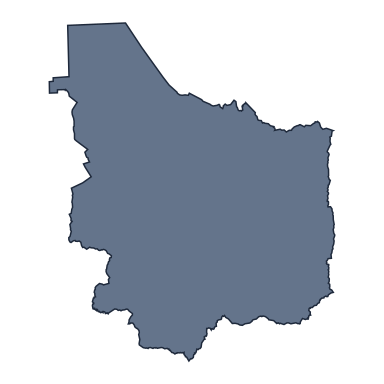 outline of Nyabihu, Western, Rwanda
{"feature_id": "39286606B61881490568352", "entity_name": "Nyabihu", "entity_type": "district", "adm_level": 2, "iso_a3": "RWA", "parent_name": "Rwanda", "parent_adm1": "Western", "projection": "robinson", "projection_center": [29.504, -1.642], "detail": "fine", "context": "isolated", "style": "filled", "palette": "slate", "viewbox_px": 384, "rotation_deg": 0, "n_neighbors": 0, "source": "geoboundaries", "source_scale": "gbopen_adm2", "svg_char_len": 5999}
<svg xmlns="http://www.w3.org/2000/svg" viewBox="0 0 384 384"><path d="M108.6,313.0L114.7,309.0L116.9,309.3L118.2,310.4L119.8,310.0L121.0,310.8L122.3,310.1L124.8,309.8L126.2,309.1L127.7,309.3L129.2,311.1L132.4,313.5L132.4,315.0L130.8,316.8L129.1,319.9L129.0,322.0L128.3,323.9L129.9,323.8L130.7,323.0L132.8,323.1L134.3,325.1L134.8,326.8L136.6,328.4L137.4,328.5L139.0,330.6L139.3,332.7L138.7,334.5L139.8,339.5L139.1,343.5L139.3,344.9L143.3,347.7L146.0,348.2L146.7,347.9L148.1,348.5L148.8,347.7L150.5,347.5L153.0,348.4L154.1,347.7L155.5,348.0L156.0,347.6L157.3,348.3L161.2,347.5L162.7,347.7L164.7,348.8L167.2,348.4L167.9,349.0L168.8,348.9L168.9,349.7L169.7,350.4L170.0,350.2L171.8,352.5L173.3,352.8L174.9,354.0L176.3,353.1L176.9,353.3L177.3,352.7L180.0,352.9L180.3,352.5L181.8,352.9L182.6,352.6L183.1,353.0L184.0,352.4L184.1,354.6L185.2,355.6L185.4,356.7L186.6,357.1L188.9,361.0L190.4,359.0L191.0,358.6L191.7,358.9L193.3,357.5L193.7,354.6L194.9,353.9L194.7,353.0L195.4,353.1L195.9,352.6L196.9,349.1L198.1,349.6L199.0,348.7L200.1,348.5L201.1,347.2L201.7,342.9L204.1,339.4L205.0,339.1L204.3,338.0L204.6,337.4L204.3,336.9L205.9,335.8L206.3,336.1L206.6,335.6L207.0,333.5L206.6,332.4L206.7,328.5L207.4,328.6L208.5,327.9L210.1,328.2L211.2,329.9L211.5,328.8L212.3,328.6L213.0,329.3L214.1,328.8L214.3,327.6L215.3,326.6L216.4,326.3L216.1,323.2L217.3,321.9L217.2,320.8L218.5,319.9L220.9,319.5L221.5,318.9L221.7,317.2L222.6,315.9L223.6,316.4L224.5,315.5L225.7,317.4L228.4,318.9L232.3,323.5L235.1,323.3L237.9,323.9L239.8,325.0L242.4,325.3L244.9,323.8L249.8,323.0L252.1,321.2L252.1,320.6L253.3,319.7L256.4,319.0L258.7,316.7L261.0,316.1L261.8,316.6L263.0,316.0L265.4,316.6L268.3,318.8L268.8,319.8L273.7,320.6L276.6,323.4L277.0,322.9L277.7,323.3L278.5,322.9L279.5,323.8L280.3,323.3L284.0,324.5L286.9,322.9L288.6,322.9L290.9,323.8L295.9,322.8L298.0,323.7L298.6,323.5L299.7,323.9L300.2,323.5L300.4,321.8L302.5,318.5L305.4,319.5L306.6,319.0L308.2,319.1L308.4,318.8L307.8,317.9L308.8,317.0L308.7,316.1L309.5,315.1L310.6,315.1L310.2,313.7L310.3,312.0L308.8,310.5L309.2,308.4L309.7,308.0L310.3,308.3L310.8,307.5L312.3,307.5L314.4,305.5L316.4,305.3L317.7,303.4L319.3,302.7L319.7,300.2L320.2,300.2L320.5,299.1L321.4,298.7L321.6,298.2L323.9,297.9L324.2,296.9L325.9,296.1L326.9,296.7L327.8,296.5L328.4,294.8L331.0,293.0L333.3,292.4L331.7,290.0L329.9,289.1L329.4,287.7L329.8,287.0L329.7,284.3L328.3,283.2L329.1,281.7L329.3,279.2L329.2,278.5L328.2,277.2L328.8,274.5L328.5,273.5L328.8,271.3L328.2,269.7L328.7,269.4L328.8,267.5L328.3,266.0L328.8,265.2L328.7,264.5L326.8,264.1L326.4,263.2L326.8,262.7L326.4,261.1L327.4,260.2L328.1,258.6L331.4,258.3L331.0,254.4L331.8,252.9L332.3,249.5L333.0,248.9L332.6,246.9L333.7,244.1L334.1,240.9L333.5,239.0L334.7,235.8L334.7,234.8L333.8,233.3L333.2,229.5L333.9,227.6L333.7,225.6L334.2,224.6L333.3,219.7L333.2,215.6L332.7,214.7L333.0,212.9L332.1,210.9L332.0,208.9L330.5,206.7L328.0,206.9L327.8,205.7L328.4,204.6L328.5,202.1L328.3,201.4L327.3,201.4L327.3,200.1L328.0,198.4L327.5,195.7L328.5,193.9L328.4,192.7L327.3,191.4L328.1,190.0L327.5,188.2L328.2,187.2L328.2,185.2L329.0,184.7L330.3,180.3L329.3,179.6L328.2,176.4L328.6,175.7L328.5,169.3L327.6,166.6L327.5,164.1L328.0,162.7L327.7,161.5L328.3,160.1L327.9,157.8L329.1,154.6L328.6,153.1L327.4,152.1L327.2,151.3L330.1,145.0L330.8,144.4L330.0,141.3L330.2,138.4L329.8,137.1L331.4,136.2L332.1,131.0L333.1,130.6L326.4,128.3L322.8,129.3L320.7,127.1L319.4,123.0L317.6,121.5L317.3,122.0L315.2,121.8L314.7,123.1L313.6,123.4L310.7,125.7L305.8,125.3L304.3,126.8L300.2,124.7L299.3,124.8L298.6,125.5L297.1,125.7L294.2,127.0L292.1,129.0L291.5,130.3L289.2,130.3L286.3,132.0L284.2,130.0L281.7,130.2L280.2,129.2L274.9,130.3L275.2,129.9L274.7,128.1L273.5,127.3L273.9,126.6L270.3,125.7L268.3,123.7L264.5,123.2L263.9,122.6L262.5,123.0L261.3,120.6L258.7,120.3L257.8,119.7L257.0,116.5L255.7,115.4L255.0,114.1L255.3,112.6L245.8,102.7L245.7,103.6L244.8,103.4L243.3,104.9L242.7,106.6L242.3,105.9L242.1,106.3L242.8,110.0L241.4,111.0L241.1,110.5L239.2,110.8L238.1,109.9L237.3,107.4L236.6,106.8L235.9,101.6L234.0,100.2L230.6,104.6L226.9,105.4L225.2,104.1L224.8,104.4L223.2,106.1L223.4,106.7L222.7,108.6L220.1,106.8L219.7,105.0L219.0,104.4L217.1,105.3L213.2,106.0L211.5,105.4L209.9,104.2L203.0,101.3L201.7,99.7L189.3,93.2L188.3,95.3L185.1,94.9L182.1,95.3L179.7,94.9L177.4,93.3L177.0,92.2L169.1,85.1L162.8,76.9L141.5,47.2L125.5,23.0L67.7,25.4L69.0,76.7L53.2,77.8L53.2,81.3L49.3,81.7L49.5,93.1L57.4,92.8L57.5,89.8L64.9,89.6L65.2,90.2L65.7,89.5L67.8,91.6L68.7,93.1L69.3,96.2L77.1,102.4L72.4,109.8L72.0,112.0L72.3,114.7L73.6,118.2L74.1,121.2L74.1,126.3L73.5,126.9L73.5,129.8L74.5,133.5L74.5,138.6L74.8,139.5L76.5,141.0L87.7,149.4L84.9,152.2L86.1,155.9L86.8,157.3L88.1,158.0L88.2,159.5L89.5,162.0L83.5,163.9L85.2,167.3L91.2,176.8L82.6,182.9L71.4,188.2L72.9,193.8L72.8,194.7L72.3,195.2L72.7,197.0L71.9,202.2L72.3,203.1L72.6,207.3L71.8,209.3L71.2,213.3L69.3,214.3L71.1,218.4L71.0,220.7L72.1,221.3L69.9,224.5L70.6,228.4L70.5,229.8L71.3,231.3L70.0,236.5L68.8,237.6L68.9,239.9L69.9,241.9L71.0,242.5L73.5,240.7L75.2,240.5L75.6,241.2L77.5,241.4L79.2,241.0L80.8,242.2L81.6,245.6L82.7,247.5L83.9,247.2L86.7,249.2L89.7,247.2L91.0,247.8L93.8,248.0L95.5,249.0L97.2,248.8L98.6,250.2L99.8,250.5L101.8,249.7L102.1,250.0L103.4,249.4L104.6,249.7L106.2,250.7L107.7,253.4L109.1,253.9L111.4,255.7L111.2,257.5L109.9,257.8L109.4,259.3L109.6,260.7L108.5,261.8L107.8,264.4L107.2,265.1L106.6,269.1L106.2,269.5L106.1,271.6L106.9,273.8L109.7,277.6L108.4,279.5L108.9,283.4L103.4,284.9L102.5,284.2L99.5,283.5L96.2,286.2L95.2,287.6L95.3,289.3L94.7,290.0L94.2,292.3L94.8,293.4L94.9,295.4L95.5,296.8L94.1,297.2L94.2,297.9L93.4,298.1L92.4,301.8L93.8,303.1L93.6,303.9L92.7,304.1L92.4,305.7L93.0,308.8L94.0,309.1L94.0,308.4L94.6,308.3L94.9,309.4L96.4,310.5L96.4,309.3L96.8,309.2L97.4,309.6L98.2,311.5L99.2,311.9L99.4,311.5L100.8,312.7L102.1,312.0L103.0,312.7L103.2,311.5L104.7,311.9L105.4,313.5L106.2,313.0L106.9,313.4L107.3,312.9L108.2,313.8L108.6,313.0Z" fill="#64748b" stroke="#1e293b" stroke-width="1.5"/></svg>